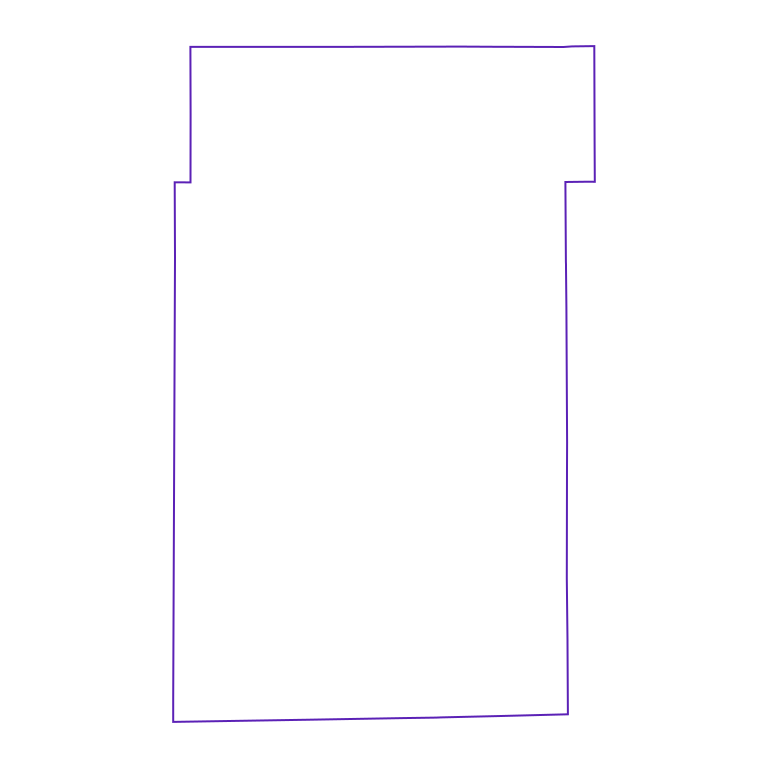 the district of Kane, Illinois, United States of America
{"feature_id": "52423323B64731524187511", "entity_name": "Kane", "entity_type": "district", "adm_level": 2, "iso_a3": "USA", "parent_name": "United States of America", "parent_adm1": "Illinois", "projection": "albers", "projection_center": [-88.362, 41.937], "detail": "fine", "context": "isolated", "style": "outline", "palette": "violet", "viewbox_px": 768, "rotation_deg": 0, "n_neighbors": 0, "source": "geoboundaries", "source_scale": "gbopen_adm2", "svg_char_len": 573}
<svg xmlns="http://www.w3.org/2000/svg" viewBox="0 0 768 768"><path d="M567.9,714.3L567.5,641.8L567.5,640.5L566.8,578.4L566.8,578.0L567.0,468.4L567.1,442.8L566.4,307.2L566.0,267.4L566.0,264.4L565.9,261.9L565.4,182.0L588.8,181.7L594.8,181.8L594.6,142.4L594.3,46.1L572.1,46.4L563.5,47.0L504.5,46.8L498.9,46.8L460.8,46.6L415.5,46.7L415.2,46.7L324.1,46.9L190.4,46.9L190.6,114.6L190.5,182.4L174.7,182.3L175.0,257.8L173.2,699.3L173.2,721.9L303.6,719.8L304.1,719.8L402.5,718.1L436.3,717.6L441.0,717.4L501.1,716.0L567.9,714.3Z" fill="none" stroke="#5b21b6" stroke-width="2"/></svg>